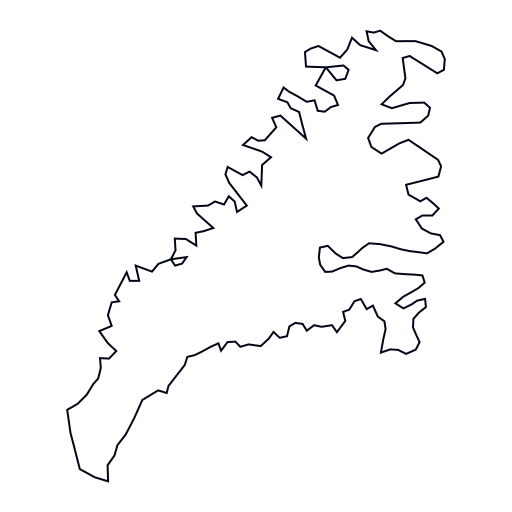 the district of Novo Barreiro, Rio Grande do Sul, Brazil
{"feature_id": "56859067B91142511999740", "entity_name": "Novo Barreiro", "entity_type": "district", "adm_level": 2, "iso_a3": "BRA", "parent_name": "Brazil", "parent_adm1": "Rio Grande do Sul", "projection": "mercator", "projection_center": [-53.105, -27.904], "detail": "fine", "context": "isolated", "style": "outline", "palette": "ink", "viewbox_px": 512, "rotation_deg": 0, "n_neighbors": 0, "source": "geoboundaries", "source_scale": "gbopen_adm2", "svg_char_len": 2972}
<svg xmlns="http://www.w3.org/2000/svg" viewBox="0 0 512 512"><path d="M426.5,197.8L420.3,201.3L408.5,194.6L406.1,184.8L438.4,176.6L441.1,166.2L438.0,159.8L408.5,139.8L399.5,143.3L381.6,153.6L371.4,147.0L368.1,138.0L374.9,127.0L381.1,123.8L420.3,122.6L428.2,115.6L430.0,107.8L424.2,102.6L409.6,103.0L391.9,108.2L381.6,104.3L389.9,96.3L403.0,85.0L405.4,78.3L402.7,58.0L409.6,56.0L437.3,73.3L443.9,69.8L444.8,59.1L441.5,51.5L431.7,46.0L415.4,41.1L396.0,41.2L387.8,36.1L380.2,30.7L373.6,32.6L366.6,31.3L368.7,41.2L376.0,50.2L360.1,45.1L352.0,37.7L347.3,49.5L340.0,57.7L318.5,46.0L310.6,48.6L305.0,52.1L306.0,66.6L325.8,67.3L315.7,85.5L334.1,95.6L338.0,105.0L331.0,107.0L324.7,111.7L317.7,110.8L314.6,100.3L306.7,101.8L297.1,96.0L289.0,91.7L283.6,87.5L278.1,98.8L287.4,102.3L290.7,108.2L299.1,112.0L302.6,125.8L306.1,138.7L280.4,115.6L272.1,117.8L276.3,127.3L264.8,140.3L258.2,140.7L251.6,137.2L243.0,145.0L262.0,151.6L271.0,157.2L262.1,165.0L261.3,185.6L256.9,177.5L249.6,171.6L242.6,175.1L227.7,167.0L225.4,174.3L229.2,182.9L246.8,205.6L237.0,212.0L234.7,201.5L228.8,196.3L224.0,204.5L215.0,201.5L208.0,205.6L193.2,206.4L197.0,213.5L213.3,228.0L203.6,231.2L195.6,232.8L196.3,245.6L185.9,239.0L174.8,238.6L175.5,250.3L170.9,259.3L158.5,263.8L152.0,271.6L135.7,265.6L139.2,280.9L129.8,280.9L126.7,272.3L114.9,294.9L119.1,301.3L111.7,302.4L107.9,315.1L111.7,325.9L99.3,331.1L107.9,343.2L116.3,351.0L109.0,358.6L100.0,358.1L100.8,367.9L98.2,378.5L93.3,384.0L86.9,394.5L77.8,403.7L67.2,409.8L70.5,433.0L73.8,445.5L79.8,469.1L94.8,477.3L108.1,481.3L107.6,465.2L114.5,455.5L117.4,445.2L125.6,434.7L134.2,418.2L142.3,400.0L158.1,390.4L166.7,393.0L168.5,385.9L184.8,364.9L187.3,356.9L194.8,355.1L201.4,351.9L210.1,347.1L218.4,343.3L221.1,350.7L227.5,342.1L235.4,341.6L240.3,346.8L248.6,344.4L260.7,346.1L269.0,338.4L273.5,331.9L279.7,337.8L287.0,336.2L289.4,326.4L295.3,322.9L302.6,323.9L306.8,330.7L314.1,325.2L321.6,326.8L332.0,325.2L336.9,332.2L345.3,320.9L343.1,311.9L349.3,309.6L354.4,301.3L360.8,299.0L366.7,309.1L372.9,305.6L377.8,316.6L384.4,321.3L385.6,329.1L383.2,339.7L380.9,352.6L390.2,349.4L398.1,349.9L406.1,353.9L415.8,349.6L419.6,342.1L416.2,334.9L413.0,327.4L413.4,318.9L418.9,312.6L425.9,307.1L425.1,298.9L417.2,300.6L411.6,304.4L403.4,308.4L395.4,303.3L403.4,296.6L411.9,291.9L418.5,288.0L424.7,282.6L422.4,275.4L413.8,274.6L405.8,274.2L395.0,273.4L386.8,268.8L379.5,270.6L371.6,271.9L363.6,269.6L356.3,266.4L348.6,265.6L340.7,268.0L332.0,271.6L325.2,271.9L320.2,264.8L318.8,257.4L319.9,247.6L327.8,245.8L335.5,253.4L342.8,258.1L352.1,257.1L357.3,252.6L362.4,247.9L369.0,243.3L379.8,244.1L391.3,246.4L401.0,249.3L409.6,251.1L419.6,252.3L426.9,253.4L434.8,248.8L443.5,241.8L440.0,235.1L431.1,233.5L421.8,228.5L415.8,219.3L422.4,215.5L432.4,215.5L438.8,208.5L432.8,203.0L426.5,197.8ZM325.8,67.3L343.5,65.5L348.6,69.8L345.3,78.8L336.5,80.3L325.8,67.3ZM170.9,259.3L186.6,257.1L182.1,263.6L175.1,265.6L170.9,259.3Z" fill="none" stroke="#020617" stroke-width="2"/></svg>